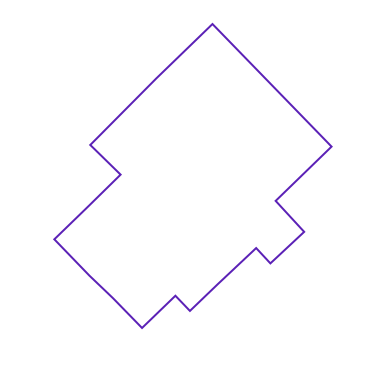 the district of Saginaw, Michigan, United States of America, rotated 136°
{"feature_id": "52423323B53952262882470", "entity_name": "Saginaw", "entity_type": "district", "adm_level": 2, "iso_a3": "USA", "parent_name": "United States of America", "parent_adm1": "Michigan", "projection": "robinson", "projection_center": [-83.982, 43.349], "detail": "fine", "context": "isolated", "style": "outline", "palette": "violet", "viewbox_px": 384, "rotation_deg": 136, "n_neighbors": 0, "source": "geoboundaries", "source_scale": "gbopen_adm2", "svg_char_len": 389}
<svg xmlns="http://www.w3.org/2000/svg" viewBox="0 0 384 384"><g transform="rotate(136 192 192)"><path d="M232.5,296.5L231.3,254.1L277.3,253.7L323.9,253.6L323.9,203.0L322.6,170.7L322.4,128.9L276.0,128.9L276.1,107.9L237.5,107.8L184.8,107.1L185.2,86.2L139.0,85.4L138.0,127.5L60.1,127.7L60.1,135.2L60.6,298.6L138.8,298.5L232.5,296.5Z" fill="none" stroke="#5b21b6" stroke-width="2"/></g></svg>